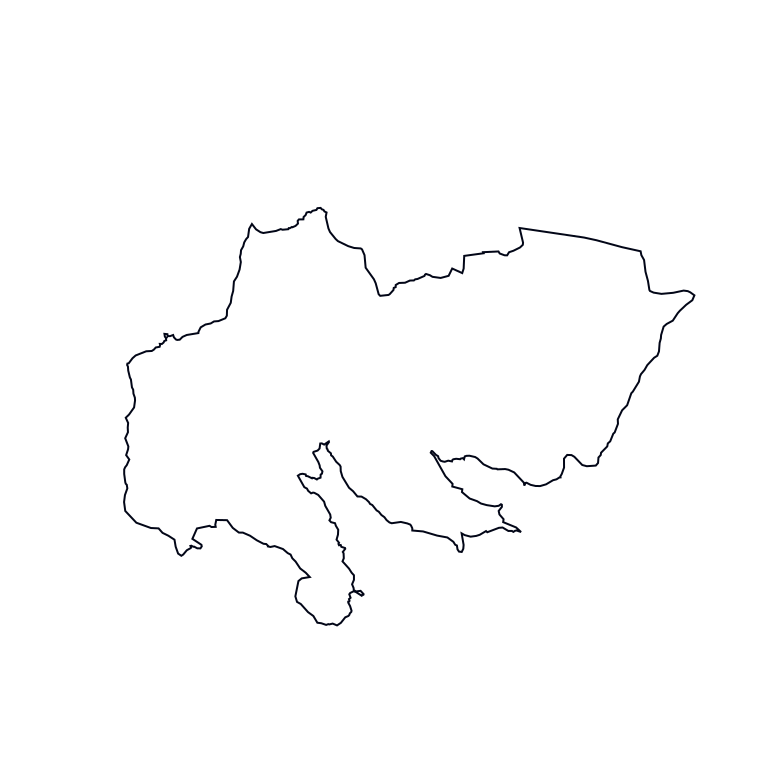 outline of Teliucu Inferior, Hunedoara, Romania, rotated 216°
{"feature_id": "2599482B31599362793589", "entity_name": "Teliucu Inferior", "entity_type": "district", "adm_level": 2, "iso_a3": "ROU", "parent_name": "Romania", "parent_adm1": "Hunedoara", "projection": "robinson", "projection_center": [22.87, 45.686], "detail": "fine", "context": "isolated", "style": "outline", "palette": "ink", "viewbox_px": 768, "rotation_deg": 216, "n_neighbors": 0, "source": "geoboundaries", "source_scale": "gbopen_adm2", "svg_char_len": 6166}
<svg xmlns="http://www.w3.org/2000/svg" viewBox="0 0 768 768"><g transform="rotate(216 384 384)"><path d="M580.7,420.2L580.3,416.4L578.8,412.6L578.3,408.2L576.4,405.1L575.2,402.0L571.5,398.5L568.1,391.7L566.0,384.4L565.7,378.8L560.7,370.6L558.7,365.2L555.7,359.6L554.6,351.8L551.3,346.9L551.0,343.9L554.9,337.6L558.3,334.7L559.8,331.1L563.4,327.2L565.6,322.1L564.8,317.3L564.1,316.1L572.4,307.7L574.7,303.7L575.3,299.8L577.2,298.1L578.5,297.7L581.4,298.3L583.4,299.7L585.2,297.0L586.8,295.9L587.5,295.9L588.5,297.0L591.1,295.5L589.1,293.5L588.0,293.2L587.1,293.9L587.1,292.6L585.9,291.3L587.0,289.7L586.7,288.0L587.2,285.9L588.9,284.7L588.1,284.1L587.4,282.2L590.1,279.4L590.4,276.5L591.3,274.2L595.6,270.7L601.7,261.1L602.6,257.0L602.7,250.7L603.6,249.7L603.0,248.4L601.4,247.6L598.8,244.5L593.4,239.9L591.4,238.9L585.9,233.1L583.6,232.0L581.0,228.9L577.5,226.5L575.7,224.3L572.4,218.1L572.3,209.4L573.1,204.9L568.1,202.1L565.7,198.1L562.8,194.5L561.5,188.0L554.1,183.2L552.7,180.8L550.8,174.9L545.7,173.2L544.4,167.1L544.5,164.5L544.0,162.2L541.3,158.5L535.5,152.4L534.3,151.5L532.9,151.3L530.3,148.7L528.3,141.9L524.9,135.7L518.7,129.2L502.8,126.2L487.9,130.5L481.5,134.7L475.7,133.4L469.3,134.5L462.0,134.9L456.9,129.9L450.9,125.8L447.0,125.9L446.2,128.0L445.8,133.6L443.9,137.7L444.1,138.6L445.4,139.2L444.9,139.9L442.5,140.3L442.0,140.8L438.5,141.3L435.9,143.1L436.0,145.5L437.2,146.6L448.0,146.1L450.4,157.2L441.8,166.7L439.5,166.9L436.2,169.5L437.8,171.0L439.8,175.4L430.9,181.6L421.8,178.7L414.1,178.5L410.9,180.8L403.2,182.5L395.0,182.8L387.6,183.9L385.2,185.3L382.6,184.9L382.4,184.4L380.1,185.4L377.2,188.6L368.7,191.1L362.5,190.6L359.3,191.1L355.7,189.1L351.2,188.4L343.4,185.5L336.3,185.3L330.6,184.2L336.3,178.4L337.4,174.3L330.9,160.1L326.3,156.6L322.0,157.1L311.4,154.8L304.8,154.8L297.6,151.7L294.1,153.6L289.2,155.1L287.9,157.0L287.0,157.3L284.7,160.0L280.1,161.1L278.5,165.4L278.2,172.5L276.5,175.3L276.3,176.6L276.8,178.4L276.5,180.4L277.0,181.5L280.9,184.4L284.4,186.1L285.0,186.9L284.3,187.7L284.5,188.4L285.9,189.4L285.4,191.4L288.5,193.5L288.5,195.1L286.7,198.5L284.3,199.2L277.6,199.6L277.7,200.6L276.8,201.3L277.0,202.0L281.4,202.9L284.6,199.8L287.3,199.5L288.7,201.1L292.1,203.2L293.2,207.9L295.9,211.6L299.3,212.3L303.8,214.1L313.3,216.1L314.1,219.4L317.2,223.3L318.6,223.9L318.5,227.9L319.1,228.4L322.8,227.2L324.4,228.3L325.6,227.1L326.9,227.9L327.0,229.1L330.9,230.2L332.7,235.1L335.4,239.2L339.6,241.0L341.8,242.6L345.6,241.1L348.0,241.6L348.5,244.5L350.8,246.8L359.9,250.9L363.3,253.6L372.0,255.6L376.4,255.0L377.6,254.4L378.7,252.7L382.6,253.0L384.8,254.1L387.8,253.7L399.8,259.2L398.8,261.8L397.1,263.5L394.2,264.8L392.9,263.8L391.5,264.6L386.8,265.4L386.8,266.0L385.2,266.9L382.2,267.3L382.1,268.2L380.3,270.9L382.0,273.5L381.5,275.0L382.5,277.2L386.6,278.6L388.2,280.3L391.3,282.3L400.8,286.6L401.1,287.7L398.6,291.1L398.2,293.9L400.6,298.4L399.4,299.4L396.8,299.8L394.9,305.1L394.4,304.7L394.3,300.3L392.3,298.1L391.3,298.0L390.2,297.0L386.2,296.7L384.8,295.2L382.8,295.2L377.0,293.0L372.2,292.4L370.6,291.7L367.8,288.1L363.0,284.4L351.3,279.5L346.0,279.1L339.4,277.4L336.0,279.7L330.9,280.2L326.6,279.6L324.9,278.8L322.3,279.2L315.7,277.4L313.1,277.6L309.1,276.5L305.4,276.5L301.9,275.4L298.2,275.2L295.9,275.9L289.3,282.3L283.2,284.9L280.1,285.7L278.8,285.3L276.3,283.9L275.0,282.1L265.7,287.7L251.9,292.6L242.5,297.1L235.1,297.1L231.9,295.8L230.1,296.2L227.3,293.4L224.8,292.5L222.4,293.8L223.0,297.3L225.0,300.6L233.4,308.8L229.9,309.2L224.2,311.4L220.1,315.3L217.9,318.3L215.0,325.0L213.3,324.8L206.5,335.2L203.7,337.6L197.0,338.2L194.2,340.3L192.4,340.4L191.7,342.3L190.7,343.4L186.1,344.8L192.8,345.6L206.4,342.3L207.8,344.9L213.9,346.3L216.6,348.7L216.4,353.9L217.7,355.6L218.7,355.5L219.6,352.9L222.5,350.1L229.7,346.4L235.3,344.3L239.9,343.9L247.4,341.7L257.4,342.4L258.8,344.9L268.5,341.2L269.8,343.5L280.1,345.5L301.0,355.1L305.8,355.9L306.1,357.7L305.4,358.1L300.3,357.2L297.8,357.4L296.3,356.1L293.1,355.2L290.9,355.9L289.1,356.8L287.0,359.7L283.5,361.3L284.0,362.8L283.7,363.8L281.7,365.9L278.2,367.9L278.1,368.7L276.6,370.4L275.0,370.1L276.1,372.9L275.0,374.4L272.7,376.2L267.3,378.5L264.5,378.7L256.3,377.5L246.6,379.3L242.9,381.7L242.1,381.6L236.0,386.4L232.9,387.8L226.7,389.0L212.9,386.4L211.3,384.8L210.9,385.0L211.3,387.2L210.7,387.9L206.1,388.6L201.4,390.6L197.7,393.2L193.9,398.1L190.7,405.5L188.4,408.3L187.2,411.4L186.3,412.2L187.0,412.9L187.3,415.7L189.2,422.2L194.5,429.4L194.1,434.3L190.5,436.7L187.2,437.0L176.0,435.0L171.6,436.7L164.7,442.5L164.4,445.9L167.3,450.6L166.9,453.9L168.0,456.0L166.7,464.7L168.0,467.5L167.3,470.6L169.3,478.6L168.9,480.4L171.3,489.3L174.1,492.8L175.9,502.7L174.8,509.7L178.5,521.9L178.2,524.0L179.1,535.7L181.4,540.6L181.9,543.1L181.5,548.5L182.1,554.0L180.9,564.0L179.5,567.5L180.7,572.0L185.2,579.3L186.8,583.6L188.6,586.5L191.5,594.8L190.6,598.7L187.6,605.0L188.0,613.9L187.7,617.2L186.1,625.7L183.8,633.0L185.0,638.2L190.1,638.2L192.8,637.7L196.5,635.7L203.6,627.8L212.5,620.0L219.6,616.4L223.5,615.6L224.6,616.1L231.0,622.5L238.4,628.5L246.5,637.2L251.5,639.5L254.4,642.2L271.9,634.6L296.6,625.2L308.2,620.1L366.0,589.9L354.6,580.1L353.5,578.2L354.2,574.4L357.6,567.9L360.3,564.1L360.0,560.5L362.1,559.0L367.1,557.6L369.3,558.5L381.3,548.9L380.3,548.3L394.4,534.8L387.4,524.2L385.9,519.7L396.7,517.5L395.3,509.5L400.5,503.1L407.8,499.2L410.8,499.0L414.7,497.7L415.1,496.6L414.8,495.2L418.6,488.7L420.3,487.0L420.7,485.3L423.8,483.0L426.5,478.3L431.2,474.6L432.7,471.0L431.5,469.2L432.6,467.5L431.6,465.6L432.2,460.0L432.7,458.7L438.9,453.1L441.1,453.5L449.9,460.6L453.7,462.8L467.2,467.3L475.5,476.8L480.9,480.0L482.5,480.0L488.1,476.5L494.0,474.5L505.3,472.5L508.4,472.9L517.0,475.2L520.4,477.2L529.4,485.0L531.3,489.0L533.6,488.6L535.3,489.3L537.0,488.8L538.8,489.2L541.2,487.1L541.0,485.1L543.6,482.1L544.1,479.6L545.8,479.2L547.4,477.2L546.7,474.6L547.2,471.9L546.0,469.8L549.6,467.1L549.7,465.2L547.9,463.2L548.5,459.9L550.2,457.0L550.8,456.9L551.7,454.8L552.7,454.1L552.4,453.0L556.7,449.2L558.6,448.6L561.3,444.4L570.4,435.2L573.2,434.2L578.4,433.9L584.9,435.8L584.3,430.3L580.4,423.0L580.7,420.2Z" fill="none" stroke="#020617" stroke-width="2"/></g></svg>